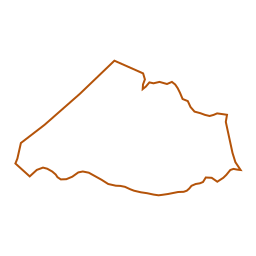 the district of São José do Seridó, Rio Grande do Norte, Brazil
{"feature_id": "56859067B84729527375837", "entity_name": "São José do Seridó", "entity_type": "district", "adm_level": 2, "iso_a3": "BRA", "parent_name": "Brazil", "parent_adm1": "Rio Grande do Norte", "projection": "albers", "projection_center": [-36.841, -6.478], "detail": "fine", "context": "isolated", "style": "outline", "palette": "amber", "viewbox_px": 256, "rotation_deg": 0, "n_neighbors": 0, "source": "geoboundaries", "source_scale": "gbopen_adm2", "svg_char_len": 1040}
<svg xmlns="http://www.w3.org/2000/svg" viewBox="0 0 256 256"><path d="M225.8,121.9L227.0,114.8L221.6,114.0L217.1,113.4L213.6,114.9L209.6,116.0L205.0,114.9L200.4,113.2L194.5,111.6L190.5,107.0L187.8,101.1L182.6,99.0L180.0,92.8L177.7,88.2L175.2,84.5L171.9,81.9L167.0,84.0L162.7,82.8L159.5,81.9L153.5,83.3L149.4,82.4L145.8,86.6L142.7,89.1L143.0,84.5L144.9,79.4L143.1,73.4L114.4,60.7L80.0,93.7L44.7,124.7L20.9,143.0L17.4,158.5L15.4,163.5L29.7,176.4L36.8,169.9L43.0,167.6L47.2,168.7L52.2,171.5L55.7,174.5L57.5,177.2L60.8,179.4L66.3,179.2L72.3,176.7L78.3,172.4L82.8,171.5L88.8,172.7L101.6,179.8L108.2,184.0L115.8,185.7L120.3,185.9L124.9,186.8L130.1,189.2L134.0,190.7L140.9,192.3L147.1,193.2L153.7,194.6L158.6,195.3L162.5,194.8L168.0,194.0L172.1,193.2L178.1,192.0L183.7,191.8L186.8,190.7L189.2,188.6L191.5,185.8L195.7,184.0L199.9,183.3L203.0,182.0L205.8,177.5L211.7,177.8L217.3,181.7L223.3,177.8L226.3,174.9L230.3,170.0L233.5,168.9L237.2,169.6L240.6,170.0L235.4,162.2L232.5,152.9L225.8,121.9Z" fill="none" stroke="#b45309" stroke-width="2"/></svg>